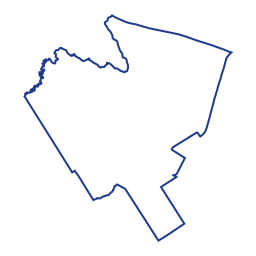 Escobar, Buenos Aires, Argentina (orthographic projection)
{"feature_id": "61730980B31258778220086", "entity_name": "Escobar", "entity_type": "district", "adm_level": 2, "iso_a3": "ARG", "parent_name": "Argentina", "parent_adm1": "Buenos Aires", "projection": "orthographic", "projection_center": [-58.819, -34.343], "detail": "fine", "context": "isolated", "style": "outline", "palette": "blue", "viewbox_px": 256, "rotation_deg": 0, "n_neighbors": 0, "source": "geoboundaries", "source_scale": "gbopen_adm2", "svg_char_len": 5327}
<svg xmlns="http://www.w3.org/2000/svg" viewBox="0 0 256 256"><path d="M231.4,52.4L228.9,51.6L223.7,49.5L210.9,44.9L204.5,42.9L196.6,40.4L186.2,36.7L179.8,34.7L176.7,33.9L154.7,29.4L147.6,27.9L147.1,27.6L144.8,27.0L135.9,24.4L134.2,24.0L132.7,23.8L127.9,22.7L124.5,21.4L116.8,18.1L112.8,15.9L112.0,15.4L110.7,16.9L110.1,17.1L108.8,17.4L108.4,17.7L108.0,18.2L107.6,19.6L107.5,20.4L107.2,20.8L106.8,21.1L105.6,21.8L104.9,22.4L104.8,22.8L104.9,23.4L105.3,24.5L107.1,27.2L108.0,29.1L109.0,30.3L109.6,30.7L110.1,31.3L111.6,33.8L112.4,35.3L112.5,35.8L112.5,37.6L112.8,38.3L113.2,38.7L114.0,39.4L115.8,40.2L117.0,41.2L117.2,41.6L117.4,42.1L117.9,44.6L119.8,50.0L120.8,51.8L121.9,53.1L122.3,54.0L122.6,57.0L122.8,57.4L123.2,57.6L124.1,57.7L125.1,58.2L126.0,59.0L126.5,59.8L126.7,60.3L126.9,62.5L127.9,64.9L128.1,67.0L128.1,67.5L128.0,68.0L127.0,71.1L126.5,71.3L125.4,71.5L125.0,71.7L124.7,72.2L124.2,72.1L123.2,71.9L121.8,71.2L120.5,70.8L118.9,69.6L116.9,68.4L116.2,68.4L115.1,68.5L114.7,68.3L114.1,67.6L113.5,67.1L112.8,66.0L111.9,65.4L110.9,64.4L110.5,64.2L109.3,63.3L108.4,63.3L107.3,62.8L107.1,62.8L106.9,63.0L107.1,64.2L107.0,64.5L106.2,64.8L105.9,65.1L105.0,65.9L104.6,66.6L104.2,66.9L103.1,67.0L102.1,66.8L101.6,67.0L101.1,67.3L100.8,67.5L100.5,67.5L99.7,67.1L98.8,66.5L98.5,66.2L98.4,65.6L96.9,64.4L95.4,63.7L94.3,63.0L93.9,63.0L93.3,62.6L92.6,61.8L92.3,61.6L91.9,61.5L91.2,61.0L90.4,60.6L89.5,59.7L89.2,59.5L88.8,59.7L88.5,59.5L89.0,58.8L89.1,58.6L88.9,58.5L88.7,58.5L88.3,58.7L87.8,59.3L87.3,59.6L86.7,59.8L86.2,59.8L85.7,60.2L85.3,60.4L84.6,60.6L84.3,60.9L83.5,61.0L82.6,60.8L81.9,60.4L80.0,58.6L79.0,58.0L78.2,57.9L77.9,57.7L77.0,56.9L75.6,56.3L75.3,56.0L75.1,55.7L75.1,55.2L74.4,54.6L74.3,54.3L74.1,54.1L73.9,54.0L73.7,54.1L73.7,55.0L73.4,55.3L72.8,55.6L72.4,55.6L72.2,55.6L71.8,55.1L71.6,55.2L71.5,55.7L71.3,55.9L71.1,55.9L70.9,55.8L70.5,55.3L69.1,54.4L68.6,54.0L68.4,53.7L67.2,52.7L66.8,51.6L66.5,50.8L66.4,50.5L66.2,50.3L64.2,49.5L63.2,48.9L62.3,48.8L61.6,48.0L61.2,48.0L59.6,48.2L58.6,49.7L58.2,50.1L57.7,50.2L56.6,50.1L56.1,50.3L55.9,50.5L54.7,52.2L54.5,52.9L54.4,53.1L54.6,53.4L55.7,53.8L55.9,54.0L55.9,54.3L55.9,55.5L55.7,56.3L55.7,56.7L56.2,57.5L57.0,58.2L57.3,58.4L57.9,58.9L57.9,59.2L57.9,59.5L57.7,59.7L56.8,60.1L55.9,60.2L55.6,60.4L55.5,60.6L55.4,60.9L55.5,61.6L55.3,63.0L55.0,63.4L54.4,63.5L54.0,63.4L52.5,62.7L52.1,62.3L51.3,61.4L50.6,60.1L50.0,59.5L49.5,58.7L48.8,58.8L48.6,58.9L48.5,59.8L48.2,60.2L47.9,60.4L47.0,60.3L46.7,60.2L46.0,59.5L45.6,59.3L45.4,59.4L45.2,59.6L45.3,60.2L46.1,61.2L46.0,61.6L45.4,61.4L44.9,60.8L44.1,60.5L43.7,60.5L43.5,60.8L43.5,61.1L44.6,62.5L44.8,62.9L44.7,63.2L44.6,63.4L44.3,63.5L43.2,63.2L42.8,63.2L42.5,63.4L42.5,63.7L42.9,64.1L43.6,64.5L44.0,64.9L44.0,65.4L43.9,66.3L43.7,66.6L43.4,66.5L42.9,66.2L42.7,66.2L42.4,66.4L42.1,67.4L41.1,69.1L41.1,69.5L41.3,69.7L41.8,69.9L42.2,70.0L44.0,69.5L44.4,69.9L44.3,70.2L44.1,70.7L43.7,71.1L43.2,71.3L42.0,71.4L41.6,71.6L41.4,71.9L41.5,72.4L41.8,72.5L42.4,72.6L42.9,72.6L43.0,72.8L42.7,73.9L42.3,74.3L41.3,74.5L40.9,74.4L40.8,74.0L41.0,73.2L40.8,72.6L40.5,72.2L39.8,72.1L39.4,72.3L39.3,72.7L39.3,73.1L39.9,74.0L39.4,74.8L39.6,75.2L39.9,75.4L40.4,75.5L40.5,76.7L40.6,77.1L40.9,77.3L42.0,76.4L42.9,77.0L43.2,77.3L43.2,77.7L43.0,78.1L42.1,77.8L41.6,78.1L41.1,78.7L40.7,79.3L40.5,80.8L39.8,81.5L39.9,81.9L40.3,82.0L40.9,82.0L41.1,82.1L41.3,83.0L41.2,83.6L40.8,84.0L39.9,84.3L39.7,84.3L39.3,84.2L39.1,84.0L38.8,83.9L38.7,84.1L38.7,84.9L38.4,85.0L38.0,84.6L37.5,84.5L37.5,85.0L37.9,85.5L38.0,85.9L38.0,86.2L37.9,86.4L37.7,86.6L37.3,86.7L36.2,86.2L35.6,86.2L35.1,85.7L34.7,85.8L34.4,86.4L33.8,87.1L33.8,87.4L34.2,87.6L35.0,87.5L35.1,88.0L34.9,88.2L34.5,88.3L34.4,88.6L34.7,90.0L34.7,90.5L34.1,90.8L33.8,90.2L33.2,89.9L33.1,89.5L33.2,89.1L33.0,88.9L32.7,88.8L32.4,89.0L32.1,89.4L31.9,89.5L31.3,89.5L30.9,89.6L30.7,89.8L30.6,90.2L30.8,90.5L31.7,90.8L32.0,91.5L32.0,91.8L31.9,92.0L31.4,92.1L30.6,92.1L30.0,92.4L29.7,92.2L29.4,92.6L29.1,92.8L28.4,92.9L28.2,92.9L27.3,92.5L26.9,92.4L26.7,92.6L26.6,93.0L26.8,93.7L26.5,93.8L26.3,93.4L25.9,93.2L25.5,93.4L25.1,94.0L25.3,94.5L25.4,95.1L24.9,96.3L24.6,96.5L42.9,125.6L72.2,172.4L74.8,170.8L76.7,173.7L78.2,175.5L93.3,200.0L93.8,199.6L94.8,199.5L96.5,198.8L96.7,198.6L97.3,198.1L98.8,198.4L99.4,198.4L100.1,198.3L101.1,197.9L101.7,197.2L103.7,196.3L104.5,196.2L104.9,195.9L105.7,195.8L106.0,195.7L106.3,195.4L106.7,195.4L107.5,195.1L108.4,195.1L108.8,194.9L109.4,194.3L109.9,193.6L111.6,192.0L112.0,191.9L113.0,190.6L113.2,190.2L113.1,189.8L113.6,189.3L114.1,187.8L114.1,187.6L114.5,186.3L114.6,186.1L115.3,186.1L116.0,185.5L116.3,185.0L116.6,184.8L116.7,184.6L116.3,184.1L120.2,186.1L121.5,186.9L125.1,188.7L152.1,230.7L158.4,240.6L162.8,238.0L168.4,234.4L184.3,223.7L161.0,187.0L176.4,177.0L174.6,175.9L173.4,175.3L173.6,175.1L174.9,174.9L175.7,174.6L176.4,174.1L177.1,173.3L184.9,158.0L171.8,149.7L172.3,148.2L173.0,147.3L173.5,146.9L178.2,144.0L196.9,132.4L198.0,133.3L199.4,135.4L200.0,136.2L200.4,136.5L202.2,135.0L203.4,133.8L204.4,132.8L204.7,132.3L205.6,130.7L206.7,127.8L208.3,122.1L209.8,116.8L210.5,113.6L211.1,111.9L211.3,110.7L213.6,102.3L214.3,99.2L215.8,94.5L216.4,92.3L217.0,90.6L217.9,86.9L219.9,80.4L220.7,78.5L220.9,77.0L221.4,75.6L222.2,72.6L223.2,70.0L224.6,65.1L225.5,61.4L226.4,58.5L226.7,57.7L227.2,57.0L230.5,53.2L231.4,52.4Z" fill="none" stroke="#1e3a8a" stroke-width="2"/></svg>